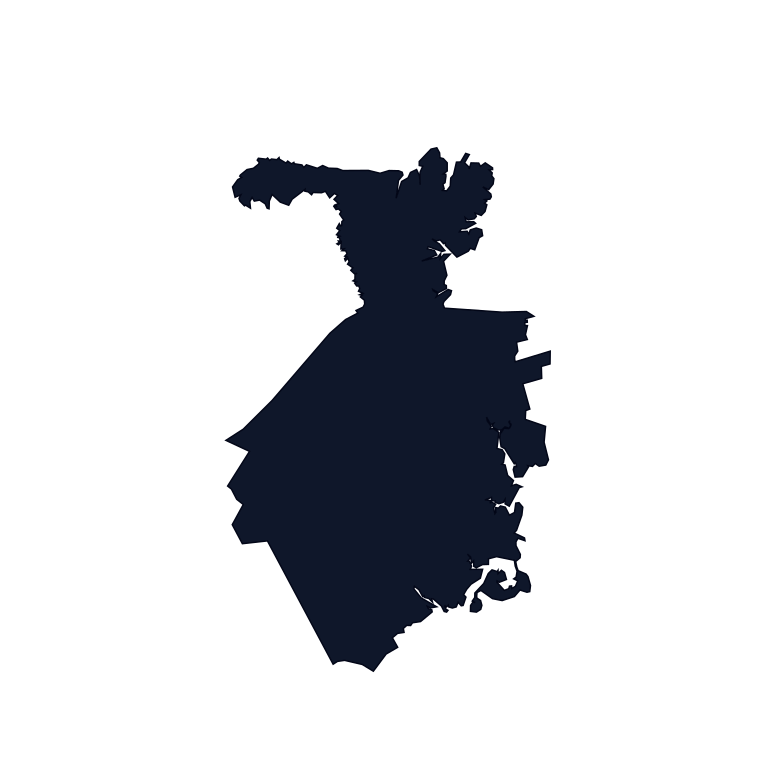 Åtara-Papatoetoe Local Board Area, Auckland, New Zealand, rotated 138°
{"feature_id": "76426892B8082635890344", "entity_name": "Åtara-Papatoetoe Local Board Area", "entity_type": "district", "adm_level": 2, "iso_a3": "NZL", "parent_name": "New Zealand", "parent_adm1": "Auckland", "projection": "robinson", "projection_center": [174.846, -36.985], "detail": "fine", "context": "isolated", "style": "filled", "palette": "ink", "viewbox_px": 768, "rotation_deg": 138, "n_neighbors": 0, "source": "geoboundaries", "source_scale": "gbopen_adm2", "svg_char_len": 6172}
<svg xmlns="http://www.w3.org/2000/svg" viewBox="0 0 768 768"><g transform="rotate(138 384 384)"><path d="M522.6,187.5L515.8,183.0L500.7,182.4L499.6,184.2L501.4,187.3L500.6,189.8L499.1,186.4L493.9,183.2L499.5,200.0L498.9,211.8L496.8,213.3L495.7,207.8L497.5,200.1L495.9,199.8L496.8,198.4L494.2,194.6L493.9,189.5L492.3,192.6L491.2,191.3L489.9,180.6L491.5,174.7L490.1,172.6L487.9,173.0L488.6,175.0L487.7,178.1L487.0,178.3L487.0,176.6L484.2,176.7L485.2,175.2L483.1,171.8L479.5,170.0L475.0,172.2L475.0,167.5L473.4,166.5L465.7,170.8L465.8,174.2L459.9,176.1L453.3,177.0L442.4,175.2L434.7,180.3L444.0,188.6L440.8,190.0L439.2,195.3L440.3,196.4L436.0,197.0L435.8,201.8L435.3,197.7L438.8,192.3L435.8,192.6L439.3,188.4L438.4,185.7L431.6,183.9L427.1,180.1L423.3,184.2L415.9,180.4L405.1,165.8L408.1,161.2L407.2,160.1L404.9,164.0L399.1,163.8L396.7,166.1L394.1,175.5L391.6,178.4L387.7,179.7L384.1,173.2L382.6,175.6L387.0,186.2L383.4,186.6L369.3,194.3L363.3,199.6L363.1,205.5L365.8,207.3L373.0,201.2L378.6,202.6L376.3,211.3L379.0,215.4L382.0,215.2L383.8,217.6L386.8,213.7L388.4,213.4L385.4,218.8L381.5,219.9L383.4,225.1L384.9,224.0L382.9,226.3L386.7,230.3L380.0,227.8L382.0,225.2L379.6,222.7L380.5,221.9L378.7,218.2L374.6,216.3L371.2,217.3L374.2,213.9L372.7,209.4L352.9,216.5L350.3,215.3L352.9,221.0L357.5,223.1L352.4,225.6L353.3,233.3L348.2,242.8L350.3,245.6L347.9,245.6L341.0,251.2L340.2,256.1L343.2,260.5L331.0,271.2L332.6,277.6L335.2,279.6L332.7,280.7L332.0,287.3L330.0,290.8L331.8,282.6L328.8,281.4L331.1,280.8L331.8,278.6L330.0,273.5L327.2,271.2L322.8,271.1L320.5,267.4L317.4,268.5L316.7,272.2L314.9,272.6L316.7,271.7L316.5,269.1L317.2,268.5L318.9,267.6L320.0,267.3L321.2,267.4L324.3,270.8L328.9,269.6L328.6,271.0L333.9,266.7L338.9,259.1L337.5,255.1L340.6,237.6L339.0,237.9L339.3,236.4L340.8,233.9L342.4,235.6L345.2,233.9L348.9,227.1L343.0,222.4L332.0,225.7L331.8,227.2L328.8,223.4L324.8,223.7L323.7,219.1L318.0,215.5L312.5,217.6L304.0,233.6L292.3,244.4L302.7,263.2L296.5,269.4L292.4,267.8L280.7,291.3L263.0,282.7L255.3,291.8L247.2,287.8L238.5,297.2L271.6,312.7L270.4,314.9L268.1,317.4L262.6,318.9L257.5,326.4L247.7,321.2L245.9,326.0L238.3,331.4L240.1,333.2L238.3,335.5L236.2,334.0L234.9,335.6L236.4,336.7L235.3,338.0L227.3,334.0L229.7,342.6L248.2,358.4L288.3,399.9L286.7,403.9L284.2,405.2L274.8,405.9L271.4,408.2L273.1,411.3L287.0,413.8L283.6,415.2L285.1,420.5L284.5,421.7L282.5,415.5L273.7,413.2L271.8,415.5L272.7,417.7L270.2,420.4L264.5,422.7L257.6,435.4L247.9,436.2L252.7,440.3L258.3,439.5L254.5,443.1L259.0,442.2L273.7,450.2L258.4,444.6L257.3,449.4L261.3,455.5L259.2,456.5L252.2,443.7L249.5,442.4L249.1,451.1L250.9,456.5L251.2,459.8L249.4,455.4L245.8,453.5L245.9,448.5L244.0,448.0L245.5,445.9L244.9,429.5L232.5,426.3L229.1,427.1L226.8,423.0L215.4,429.1L211.5,428.2L208.2,433.3L211.1,438.2L216.8,440.8L220.7,438.6L220.0,441.9L226.1,446.6L222.6,447.5L219.3,444.7L208.4,442.1L208.7,444.6L214.4,449.5L212.3,453.5L211.7,449.7L206.4,446.4L203.3,446.7L202.0,450.1L198.9,444.2L193.5,444.6L187.6,448.4L188.3,451.1L185.1,451.2L185.8,453.7L181.6,450.5L179.0,451.3L177.5,453.7L178.7,464.5L176.1,458.4L169.1,459.6L164.9,463.1L164.7,466.6L162.3,468.5L162.7,472.9L159.8,470.7L158.7,472.0L160.8,480.6L166.6,481.2L165.8,484.8L171.4,490.1L176.9,486.7L175.7,488.5L176.1,494.5L167.1,497.4L169.0,500.7L178.5,497.7L181.7,500.4L192.4,492.9L196.6,492.4L202.4,486.7L208.2,485.6L211.0,488.7L208.7,488.8L206.5,493.1L203.9,492.8L199.0,496.9L197.8,498.4L199.5,500.5L194.5,500.0L189.0,506.1L189.1,511.8L191.0,514.7L188.0,518.6L186.7,524.2L191.9,527.1L208.9,525.8L211.6,522.8L209.5,519.9L215.5,517.2L223.8,507.8L218.4,514.9L216.3,521.6L222.8,523.5L228.2,521.1L235.4,522.7L250.7,513.9L237.0,525.6L230.1,526.6L228.8,529.2L230.4,532.6L237.4,539.2L245.9,543.2L252.7,553.2L271.8,570.2L274.6,575.5L280.8,581.5L283.4,587.4L289.2,588.9L295.0,598.8L298.7,598.6L298.4,601.7L303.3,607.7L302.7,609.0L305.5,609.6L306.4,614.1L309.0,613.7L311.3,621.1L310.5,622.5L313.5,622.4L317.1,626.5L319.4,626.7L319.3,629.8L321.1,629.9L326.3,635.8L328.4,635.2L328.5,632.0L330.0,631.3L336.7,631.7L342.3,635.0L350.8,635.4L352.1,635.0L351.5,632.8L356.0,633.7L364.7,631.8L369.7,622.4L363.7,620.4L367.6,618.9L368.7,616.4L368.5,609.8L367.2,609.6L365.6,604.0L361.7,609.3L357.2,610.9L358.0,606.7L353.4,603.9L351.7,597.4L353.2,592.8L352.2,591.1L346.8,596.7L340.3,599.7L339.4,588.6L335.2,580.6L328.6,582.8L312.4,581.5L313.8,580.3L311.7,577.4L311.2,573.1L308.6,573.8L302.4,567.9L298.6,566.4L299.8,558.7L293.3,558.8L292.2,555.1L297.6,554.7L297.0,548.3L299.6,549.5L300.6,546.7L301.1,550.0L302.4,549.7L302.9,545.7L300.7,544.6L300.3,540.8L303.3,540.0L304.2,532.8L306.6,532.9L309.4,530.0L310.5,530.5L309.9,533.1L314.9,531.4L314.2,527.6L319.4,526.7L317.9,523.4L320.7,524.4L319.3,522.9L320.6,519.3L322.2,520.8L322.4,519.2L325.2,519.7L324.7,517.9L320.8,518.1L325.7,513.2L323.1,511.2L326.0,511.2L323.3,508.6L324.3,505.5L327.6,505.2L326.4,503.5L329.4,503.5L330.3,501.4L326.7,501.7L328.1,498.2L330.9,497.4L329.4,491.2L332.6,490.7L332.2,485.4L329.8,484.3L332.2,484.8L335.7,481.1L338.0,481.4L336.2,478.3L338.3,478.6L338.7,475.1L337.1,473.7L338.2,471.1L340.9,470.0L339.0,465.5L342.3,466.6L340.8,464.5L343.3,464.5L342.5,459.4L344.9,456.3L348.2,455.1L355.6,457.4L356.0,454.2L369.4,457.6L390.2,457.9L478.4,446.6L518.8,444.6L539.2,447.9L529.0,423.9L568.5,412.8L567.7,408.0L570.6,396.9L569.2,388.6L590.9,381.0L596.1,360.1L575.6,345.4L609.3,209.8L604.2,209.0L598.2,205.0L587.8,190.1L584.1,177.7L563.1,181.9L550.0,179.2L547.6,189.8L540.8,189.6L535.3,186.0L533.2,189.4L528.6,189.4L525.8,186.7L522.6,187.5ZM414.6,132.2L410.0,136.2L405.9,144.5L405.6,147.7L409.2,155.5L407.8,159.1L408.6,160.2L410.4,155.8L415.0,152.1L418.0,152.4L416.3,148.2L421.7,145.7L425.9,146.5L424.3,148.6L426.0,149.8L428.2,148.4L432.7,150.1L432.7,161.1L431.7,162.0L431.0,159.5L423.8,156.8L420.6,163.3L421.4,167.0L426.1,166.7L423.9,169.3L425.4,168.9L428.1,173.6L433.3,173.4L443.4,169.0L456.3,167.9L459.4,164.6L463.7,163.6L462.4,160.5L463.9,162.4L467.8,161.5L471.9,157.2L467.9,152.6L462.9,151.8L459.4,154.0L457.1,158.5L458.2,162.7L457.1,164.3L454.4,166.8L450.1,165.7L447.0,151.9L441.1,144.0L429.3,138.8L420.8,139.9L417.1,133.6L414.6,132.2Z" fill="#0f172a" stroke="#020617" stroke-width="1.5"/></g></svg>